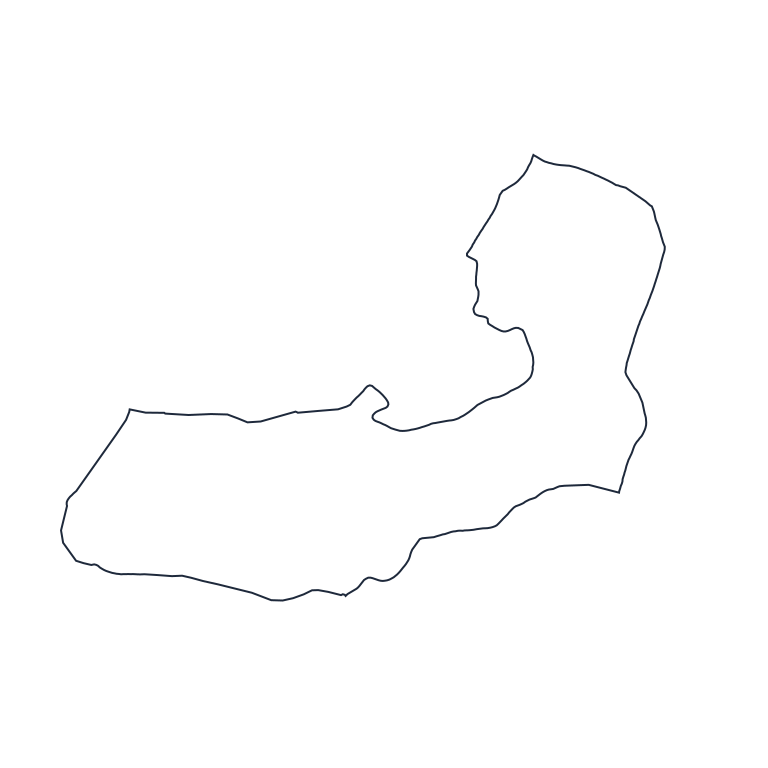 Ad Dali', Al Dali', Yemen, rotated 109°
{"feature_id": "15242507B7990209689369", "entity_name": "Ad Dali'", "entity_type": "district", "adm_level": 2, "iso_a3": "YEM", "parent_name": "Yemen", "parent_adm1": "Al Dali'", "projection": "orthographic", "projection_center": [44.686, 13.714], "detail": "fine", "context": "isolated", "style": "outline", "palette": "slate", "viewbox_px": 768, "rotation_deg": 109, "n_neighbors": 0, "source": "geoboundaries", "source_scale": "gbopen_adm2", "svg_char_len": 6166}
<svg xmlns="http://www.w3.org/2000/svg" viewBox="0 0 768 768"><g transform="rotate(109 384 384)"><path d="M596.9,351.3L594.5,350.1L586.5,343.3L585.0,342.4L583.2,341.6L575.9,339.1L574.2,337.8L572.3,335.9L571.5,333.7L571.3,331.6L571.3,325.2L571.1,323.0L570.6,321.0L569.6,318.9L568.6,317.1L567.1,315.1L565.5,313.6L563.6,311.9L559.9,309.6L557.6,308.5L555.4,307.6L551.4,306.2L549.4,305.4L547.0,304.6L542.8,303.6L540.6,303.4L538.5,303.4L536.3,303.6L534.1,303.6L531.4,303.4L529.4,302.8L519.1,299.7L517.4,297.6L512.6,287.0L511.0,284.9L508.4,281.2L507.1,279.5L506.1,277.6L504.8,275.9L503.4,274.1L502.0,272.3L500.8,270.3L500.0,268.5L498.7,266.3L497.8,264.1L497.2,261.9L496.1,259.9L495.4,258.0L494.6,256.0L492.7,251.9L491.1,249.1L488.3,243.5L486.7,239.4L485.3,236.8L484.0,234.8L482.4,232.8L480.9,231.4L478.8,230.3L474.7,228.4L472.6,227.5L466.8,224.6L464.7,223.9L460.5,222.0L458.5,221.0L456.7,219.6L455.4,218.0L454.1,216.4L452.6,214.8L451.2,213.4L449.2,212.0L445.9,208.8L443.3,205.3L442.0,203.7L440.3,202.6L438.6,201.5L436.8,200.3L434.8,198.8L433.1,197.3L431.3,195.4L430.1,193.7L429.1,191.7L428.1,189.8L424.9,186.4L423.5,184.7L422.5,182.5L421.4,180.1L412.7,157.6L410.2,126.4L408.8,126.7L406.3,126.7L403.3,126.9L400.9,126.7L398.6,126.8L396.3,127.4L393.6,127.5L391.5,127.5L389.4,127.7L387.1,127.7L384.8,127.9L382.7,128.1L376.0,128.1L374.0,127.8L371.9,127.6L369.5,127.3L367.3,127.2L363.2,127.2L360.8,127.1L358.6,126.7L356.3,126.1L354.4,125.3L352.1,124.6L349.5,123.5L347.1,123.0L344.6,122.7L342.4,122.5L340.3,122.5L337.6,122.8L335.1,123.5L330.7,125.4L328.7,126.7L326.9,128.0L317.5,133.6L310.2,140.1L307.8,143.2L306.4,145.9L296.8,157.6L294.2,159.6L291.8,160.1L289.6,160.5L287.3,160.8L285.1,161.3L282.9,161.3L280.6,161.4L277.6,161.5L275.3,161.5L271.4,161.8L269.3,161.8L266.7,161.9L262.3,161.9L260.3,162.3L257.8,162.3L255.7,162.3L246.1,162.4L244.0,162.2L241.6,162.3L238.5,162.0L236.2,161.9L233.2,161.6L230.7,161.5L225.5,161.1L223.0,160.9L218.3,160.9L216.3,160.7L213.1,160.7L210.8,160.6L208.8,160.5L203.6,160.5L200.9,160.6L198.6,160.6L196.2,160.7L193.9,160.7L191.8,160.8L188.3,160.9L184.6,161.0L182.4,161.2L180.3,161.5L170.9,162.1L168.0,162.1L165.5,162.4L162.8,163.2L160.8,164.9L159.2,166.3L155.6,168.8L153.9,170.1L152.1,171.2L148.5,173.8L146.4,175.4L144.2,177.1L142.3,178.8L140.5,180.4L138.4,181.7L134.4,184.1L133.0,185.0L128.8,188.6L128.5,190.4L126.1,196.3L119.7,219.3L120.1,225.0L120.0,227.3L120.4,229.4L119.9,231.7L119.4,233.9L119.1,236.1L118.7,238.6L118.5,240.7L118.2,243.0L118.0,245.4L117.5,249.7L117.5,252.3L117.1,254.5L117.0,256.5L116.8,259.4L116.8,261.6L116.7,264.1L116.7,268.4L116.6,270.6L116.7,273.4L117.3,279.9L117.9,282.0L118.4,284.0L119.5,288.1L120.0,290.4L120.4,292.5L120.8,295.3L120.9,297.7L121.2,300.1L121.2,302.4L121.3,304.4L121.0,306.7L120.5,309.1L119.4,314.1L119.1,316.2L118.8,317.3L121.0,317.4L123.4,317.4L125.5,317.3L127.7,317.5L129.8,318.0L132.2,318.4L134.4,318.5L136.6,319.0L141.1,320.2L143.0,321.1L147.0,322.8L148.8,323.6L150.8,324.8L152.5,326.0L157.4,330.1L159.4,331.6L161.2,333.1L162.7,334.7L167.6,336.1L170.2,335.9L172.9,335.8L177.2,335.8L181.7,336.1L183.7,336.4L188.1,337.2L190.4,337.9L192.6,338.2L194.5,338.8L196.7,339.2L198.7,339.8L203.1,340.9L205.4,341.3L207.3,341.9L210.0,342.6L212.1,342.9L214.7,343.7L216.7,344.0L218.7,344.6L220.8,344.8L223.3,345.5L225.5,345.6L229.6,346.7L233.6,348.0L235.6,347.3L236.2,345.1L236.8,340.6L237.1,338.5L237.8,336.5L240.0,335.1L242.0,334.4L244.0,333.9L246.3,333.3L248.7,332.8L250.6,332.3L252.6,331.9L254.6,331.2L258.9,329.9L260.8,329.1L262.5,327.5L264.0,326.1L265.6,324.8L268.8,323.7L270.8,323.3L275.2,322.7L277.2,323.2L279.4,323.7L281.6,323.9L283.9,323.9L286.7,322.3L288.2,320.6L288.6,318.4L288.6,316.1L288.2,314.1L287.9,312.0L287.8,309.3L288.6,307.2L290.8,306.3L292.8,305.1L293.5,302.9L294.0,300.4L294.6,298.0L295.4,292.6L295.6,290.1L295.4,288.1L294.7,286.1L293.5,284.2L292.1,282.6L290.6,281.1L289.1,279.4L288.0,277.7L287.3,275.3L287.9,270.5L289.3,268.8L291.1,267.1L293.0,265.6L294.7,264.2L296.7,262.8L298.6,261.2L301.9,258.2L304.4,256.3L305.9,254.8L308.0,253.3L310.3,251.8L312.7,250.8L315.0,249.8L317.4,249.2L319.5,249.0L321.6,248.1L323.7,247.8L326.3,247.6L328.3,247.6L330.3,247.9L334.2,249.6L336.0,250.6L338.4,252.1L340.3,253.6L342.3,255.0L343.9,256.3L345.3,257.8L347.4,259.9L348.9,261.6L350.5,262.9L352.2,264.1L353.9,265.7L355.5,267.3L358.4,270.7L359.7,272.7L361.8,276.7L364.6,280.2L366.5,282.4L373.4,288.8L377.1,290.9L379.5,292.4L383.0,294.7L386.6,297.4L388.3,298.8L390.2,300.7L392.1,302.3L393.6,304.1L395.3,306.4L396.4,308.4L397.3,310.4L398.4,312.5L403.1,320.9L404.2,322.8L405.1,324.7L406.3,326.5L407.9,328.1L411.0,332.1L412.4,334.1L413.8,335.9L415.2,337.9L416.3,339.6L417.4,341.5L418.4,343.4L419.6,345.2L420.7,347.3L421.7,349.5L422.4,351.4L423.1,353.8L423.4,358.4L423.5,363.0L423.1,365.3L422.7,367.4L422.4,369.5L422.3,371.6L422.0,373.7L421.8,375.8L421.8,377.8L421.7,380.1L421.1,382.1L419.7,383.9L417.3,384.4L415.4,383.7L413.5,382.7L412.0,381.4L409.1,378.3L407.5,376.4L406.0,374.6L404.2,373.4L401.9,373.2L400.1,374.1L398.5,375.9L397.1,377.8L394.9,381.6L393.1,385.4L392.2,387.8L391.5,390.2L390.5,392.7L389.7,394.6L389.9,397.0L391.5,398.9L393.4,399.9L395.3,400.7L397.5,401.3L399.7,402.4L401.9,403.4L403.9,404.4L405.6,405.4L407.5,406.3L409.7,407.3L411.8,408.2L414.6,409.1L417.5,412.0L422.9,419.2L431.1,437.9L439.2,456.1L439.1,456.3L438.9,458.6L459.6,488.4L464.7,500.6L464.1,510.9L463.8,522.1L468.7,537.7L476.9,558.6L483.2,581.2L482.8,582.4L488.7,600.1L490.8,616.2L493.4,615.8L501.9,616.2L519.1,620.8L585.4,640.1L586.7,640.9L588.6,642.0L590.8,643.0L592.7,644.1L594.9,644.9L596.9,645.4L599.0,645.5L601.0,644.9L602.5,644.0L627.6,641.7L638.6,635.7L651.4,617.6L651.2,609.8L650.4,601.8L649.9,601.0L648.9,599.3L648.7,597.1L649.0,595.1L650.0,592.9L650.6,590.2L651.0,588.0L651.2,585.8L651.2,583.6L651.1,579.5L650.8,577.5L650.5,575.1L649.9,572.7L649.5,570.6L648.7,568.7L647.9,566.4L647.0,564.0L646.3,561.8L645.4,559.3L644.0,554.4L643.2,552.0L641.9,548.7L638.4,536.0L634.7,521.9L631.0,512.5L630.0,503.3L629.2,490.9L627.5,475.8L624.4,441.0L625.1,420.2L621.7,409.3L616.1,400.2L609.0,391.4L602.5,384.9L600.3,379.1L598.7,368.9L597.6,355.9L596.2,354.5L596.1,352.4L596.9,351.3Z" fill="none" stroke="#1e293b" stroke-width="2"/></g></svg>